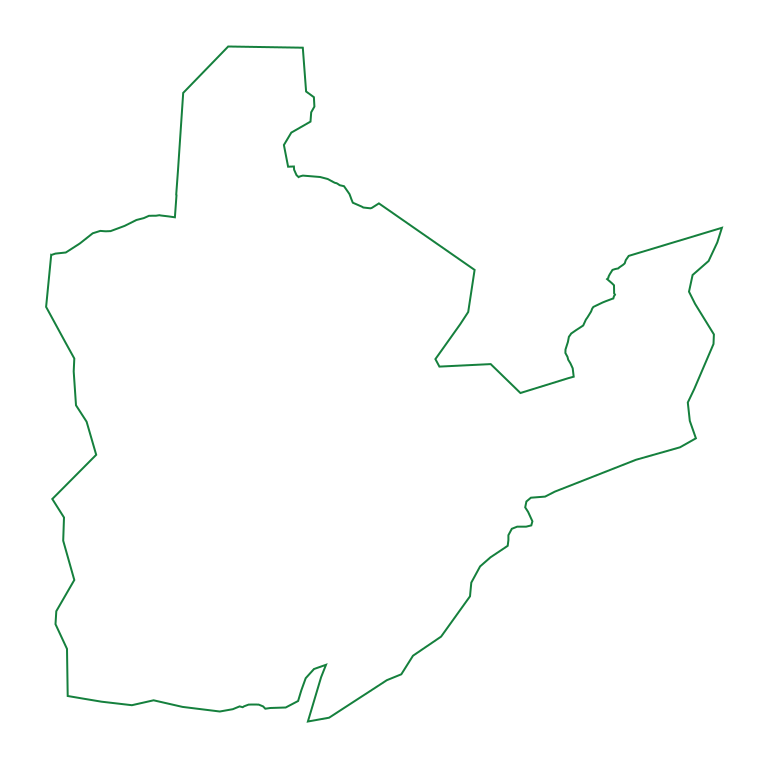 outline of Djenne, Mopti, Mali
{"feature_id": "8926073B86660589431001", "entity_name": "Djenne", "entity_type": "district", "adm_level": 2, "iso_a3": "MLI", "parent_name": "Mali", "parent_adm1": "Mopti", "projection": "albers", "projection_center": [-4.481, 14.012], "detail": "fine", "context": "isolated", "style": "outline", "palette": "green", "viewbox_px": 768, "rotation_deg": 0, "n_neighbors": 0, "source": "geoboundaries", "source_scale": "gbopen_adm2", "svg_char_len": 2367}
<svg xmlns="http://www.w3.org/2000/svg" viewBox="0 0 768 768"><path d="M721.9,227.8L628.7,255.9L625.8,260.1L624.7,263.4L623.1,264.8L619.3,267.4L618.3,268.4L615.3,269.0L612.5,269.9L609.8,274.2L608.6,276.5L608.4,277.8L607.1,279.1L610.5,282.0L612.0,283.3L614.0,285.3L614.1,291.6L614.1,293.3L615.0,294.7L614.0,296.1L613.3,298.5L612.5,298.7L605.8,301.2L602.6,302.5L593.4,306.9L592.2,308.6L591.1,311.5L587.4,317.5L585.9,319.6L583.2,325.5L576.0,330.2L571.1,333.6L570.5,334.6L568.9,336.8L567.9,342.0L565.5,349.5L565.4,353.0L567.5,356.9L568.2,359.7L570.4,363.3L572.7,368.3L573.7,376.7L568.2,378.2L520.4,393.0L506.0,379.0L490.7,364.1L439.4,366.6L435.4,359.1L460.3,324.1L468.2,312.0L474.6,269.9L378.9,203.4L374.5,206.2L371.8,207.9L370.5,208.3L369.5,208.2L369.4,208.2L363.2,207.5L362.7,207.1L361.5,206.5L352.8,202.7L351.3,199.0L350.7,197.3L349.5,194.1L344.0,186.2L339.7,185.2L338.1,184.1L336.6,183.2L335.1,182.9L333.8,182.3L327.7,179.0L320.1,177.0L302.9,175.6L301.3,176.0L299.4,176.6L298.6,177.1L296.5,175.1L294.1,169.7L293.9,166.5L288.1,166.7L283.9,145.0L291.3,132.6L310.5,121.6L311.2,112.3L314.4,106.6L313.9,97.2L306.1,91.5L302.8,47.7L228.2,46.5L183.2,92.9L178.0,170.2L176.2,194.8L176.5,195.1L174.9,217.3L168.5,216.4L160.9,215.5L159.4,215.2L156.2,215.7L149.0,215.8L143.8,218.1L136.4,220.0L124.6,225.9L110.6,231.1L105.6,231.3L100.3,230.9L92.7,233.3L79.8,243.5L65.8,252.5L55.4,253.6L51.6,254.9L51.2,254.8L51.2,255.0L46.1,306.9L65.3,342.2L74.3,358.5L73.7,371.5L76.0,405.3L86.6,421.7L96.2,454.8L52.3,499.0L64.0,517.5L63.2,540.7L74.3,580.0L56.3,611.2L55.5,624.2L67.0,648.9L67.7,696.0L84.8,698.9L101.6,701.7L131.9,705.2L153.6,700.3L182.5,706.9L219.8,711.5L232.8,709.2L239.6,706.4L242.7,707.2L244.1,706.3L248.6,704.6L253.6,704.5L258.7,704.6L263.1,706.4L265.3,708.7L270.2,708.0L285.7,707.5L298.1,701.0L301.3,690.4L305.7,678.2L314.0,669.0L326.0,664.8L321.1,677.2L307.9,721.5L329.1,717.7L377.9,686.0L386.8,680.2L401.3,674.3L413.0,655.7L441.1,636.6L470.0,596.3L471.3,582.6L480.1,566.4L490.5,557.3L507.7,545.8L508.4,540.1L508.4,535.2L511.8,528.8L517.1,526.7L526.0,526.7L531.3,525.4L532.4,521.3L528.1,511.9L525.2,507.4L526.4,501.5L530.9,497.7L545.1,496.6L554.9,491.6L635.9,459.8L680.0,447.3L695.9,438.3L689.8,420.9L687.8,402.5L694.2,389.1L713.5,344.0L713.9,334.4L695.1,303.9L689.0,291.7L692.6,275.0L708.6,261.0L717.3,242.4L721.9,227.8Z" fill="none" stroke="#15803d" stroke-width="2"/></svg>